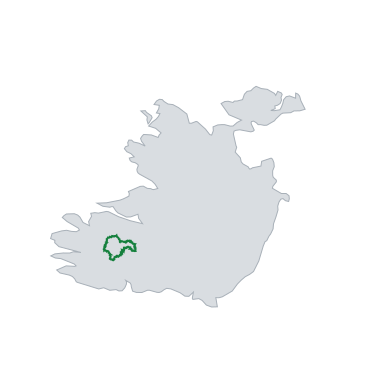 location of Kanturk Lea-4, Cork, Ireland, rotated 33°
{"feature_id": "5873133B26556088806881", "entity_name": "Kanturk Lea-4", "entity_type": "district", "adm_level": 2, "iso_a3": "IRL", "parent_name": "Ireland", "parent_adm1": "Cork", "projection": "orthographic", "projection_center": [-8.958, 52.204], "detail": "fine", "context": "in_parent", "style": "outline", "palette": "green", "viewbox_px": 384, "rotation_deg": 33, "n_neighbors": 0, "source": "geoboundaries", "source_scale": "gbopen_adm2", "svg_char_len": 8283}
<svg xmlns="http://www.w3.org/2000/svg" viewBox="0 0 384 384"><g transform="rotate(33 192 192)"><path d="M231.6,71.7L225.2,76.4L224.2,78.2L222.5,85.3L222.4,87.3L218.4,95.2L216.2,96.8L212.7,98.2L210.8,99.5L208.3,98.9L205.1,99.0L203.6,100.4L203.7,101.5L204.7,102.7L210.5,106.2L210.2,107.7L208.6,109.5L198.2,113.8L195.2,116.4L194.1,118.1L195.2,120.9L203.7,129.2L205.1,130.1L206.5,135.0L213.9,137.0L217.0,140.0L219.6,140.7L225.3,140.3L227.6,141.4L228.8,140.5L229.5,138.8L235.7,132.7L233.7,128.3L239.9,120.5L241.6,120.6L244.7,122.8L247.2,126.0L248.1,130.3L250.6,134.1L252.1,135.4L256.2,136.1L257.2,137.5L256.7,143.2L257.4,145.1L267.8,144.6L271.8,142.0L275.4,142.3L277.3,144.7L278.2,147.3L275.1,148.4L271.9,148.0L270.4,149.7L270.4,153.0L271.6,157.2L273.9,160.2L275.9,166.9L277.7,174.3L280.1,178.8L280.8,184.4L280.6,187.2L281.2,192.1L280.3,193.9L281.2,198.6L285.6,213.5L286.9,225.2L285.2,229.7L282.8,234.0L281.3,239.0L280.2,244.4L279.7,253.1L274.5,263.4L272.2,266.0L269.5,267.6L275.8,274.5L271.0,277.8L265.6,279.0L259.5,277.4L255.8,277.7L251.2,281.6L250.1,280.9L247.7,275.2L246.2,281.2L242.8,283.2L236.9,283.0L227.0,284.8L223.2,286.6L221.7,289.3L220.6,292.4L219.1,294.2L217.3,295.2L209.7,297.6L208.2,298.6L204.7,303.6L200.1,306.5L196.2,307.5L192.8,304.6L191.4,302.9L189.8,302.0L184.5,302.2L186.2,303.1L187.2,305.1L187.8,309.0L187.2,312.9L184.6,314.8L181.5,315.2L176.6,319.2L170.1,320.4L166.6,324.1L145.1,330.2L143.8,330.3L140.9,328.7L137.7,328.0L134.4,328.5L125.4,331.8L121.0,331.1L126.7,322.5L134.2,318.2L135.0,317.1L132.5,316.5L118.3,319.3L113.3,321.8L108.4,322.5L110.7,318.6L117.2,313.3L122.7,309.8L125.1,306.7L131.8,303.2L110.2,310.3L104.5,309.3L103.3,307.2L98.8,308.1L97.3,303.1L103.9,295.6L107.7,292.4L112.3,290.7L116.6,288.3L118.3,285.2L116.2,284.2L103.3,284.8L97.1,284.0L97.5,281.5L98.7,278.8L105.2,274.3L108.7,273.6L111.7,274.1L117.2,276.9L124.4,276.1L121.4,273.1L121.0,267.1L118.7,265.0L121.7,262.3L125.1,260.6L130.8,254.9L132.8,254.0L143.9,252.7L155.9,249.7L167.8,245.5L161.7,243.2L158.8,240.1L154.1,246.3L150.7,248.7L141.2,249.9L138.2,249.2L133.9,247.3L132.6,248.0L131.4,249.5L125.0,252.5L118.4,253.1L126.2,247.6L136.0,238.1L138.2,235.1L141.3,229.9L140.4,227.6L138.4,226.2L145.5,215.5L148.0,213.6L152.5,213.3L155.7,211.6L157.2,211.5L158.5,210.9L161.4,207.7L156.9,205.6L152.4,204.6L138.2,205.6L136.3,205.4L134.6,204.4L133.4,202.9L132.6,199.2L131.6,198.4L128.4,198.4L125.2,199.5L123.0,199.3L120.9,197.7L124.4,194.0L119.9,193.1L115.4,193.7L111.7,192.5L111.6,190.2L113.4,187.9L111.2,185.6L110.8,182.8L113.2,181.4L115.7,181.9L121.0,179.9L127.7,179.0L122.0,176.9L119.7,175.1L119.7,172.4L120.1,170.1L126.8,166.3L133.9,164.7L133.4,162.1L133.9,159.3L126.8,158.4L119.7,160.3L120.6,155.0L122.3,150.3L122.7,147.1L122.4,143.7L119.1,145.1L118.8,140.4L117.4,137.1L112.5,139.3L112.7,135.0L114.2,132.0L116.7,130.7L119.2,131.3L123.9,131.3L128.4,129.1L134.9,128.6L145.2,129.4L152.3,135.8L154.1,134.6L157.0,130.6L158.3,130.2L169.0,131.9L175.7,134.2L177.5,133.5L176.5,129.0L174.2,125.9L177.0,121.8L180.5,119.1L182.8,117.7L188.2,115.9L190.5,114.3L192.0,109.1L194.4,104.7L181.0,107.1L168.2,102.0L170.2,98.3L172.9,96.2L177.6,94.6L178.0,92.7L180.3,91.1L184.1,87.0L182.7,81.5L183.4,77.6L186.2,75.0L187.0,71.3L188.2,68.5L193.8,67.5L199.2,64.9L207.5,64.4L209.6,65.4L209.1,60.9L213.0,60.3L214.5,61.1L215.2,64.3L217.1,66.3L217.7,69.8L216.5,72.6L214.6,74.7L216.4,76.8L213.7,80.7L216.7,79.0L221.0,75.1L220.7,72.0L219.9,68.2L218.6,64.7L219.1,60.8L221.5,58.3L227.8,56.9L225.1,52.6L227.4,52.2L230.0,53.0L233.8,56.3L241.8,61.0L238.1,65.3L233.4,68.4L231.6,71.7ZM118.3,156.8L118.1,158.8L115.0,156.2L113.6,153.3L105.0,151.9L108.6,149.2L110.4,150.0L116.4,150.2L118.1,151.4L118.3,156.8Z" fill="#d9dde1" stroke="#a8b0b8" stroke-width="1"/><path d="M163.2,292.0L163.2,291.7L163.4,291.2L163.1,291.2L162.9,290.5L163.0,289.6L162.5,288.9L163.0,288.0L163.4,287.9L163.3,287.7L163.4,287.4L163.6,287.3L163.6,287.1L163.8,287.2L164.1,287.2L164.1,286.9L164.3,286.2L164.9,286.3L165.1,286.4L165.5,286.4L165.7,285.8L165.7,285.3L165.7,284.8L165.7,284.3L165.8,284.3L166.1,284.3L166.3,284.2L166.2,284.1L166.3,284.0L166.3,283.7L166.1,283.4L166.1,283.2L166.5,283.2L166.9,283.0L166.7,282.5L166.4,282.5L166.5,282.3L166.5,282.2L166.5,281.8L166.4,281.7L166.9,281.6L166.7,281.3L166.2,281.5L165.9,281.4L165.7,281.2L165.4,281.7L165.2,281.5L165.2,281.3L165.1,281.2L165.3,281.0L165.4,280.9L165.5,280.5L165.4,280.3L165.6,280.2L165.3,279.6L166.0,279.5L165.8,279.1L165.4,279.2L165.2,278.8L164.9,278.6L165.2,278.5L165.5,278.5L165.9,278.7L166.6,278.8L166.9,278.9L166.8,278.7L166.9,278.3L166.8,278.2L166.7,278.1L166.7,277.8L166.4,277.6L166.4,277.3L166.3,277.1L165.8,276.9L165.8,276.6L165.7,276.5L165.4,276.0L166.0,275.9L166.0,275.2L166.4,275.1L166.7,274.9L166.8,274.9L166.9,275.2L167.1,275.2L167.2,274.9L167.3,274.8L167.5,274.7L167.3,274.4L167.3,274.1L167.3,273.9L167.4,273.7L167.7,273.6L167.8,273.4L167.9,273.1L168.1,272.7L168.6,272.7L168.8,272.9L169.4,272.7L170.0,272.1L170.4,272.0L170.7,272.7L170.8,273.1L170.8,273.4L171.3,273.0L171.6,273.2L171.9,273.0L172.0,272.8L172.0,272.7L172.3,272.7L172.4,272.9L172.5,273.1L172.8,273.5L173.0,273.5L173.5,274.0L174.0,273.7L174.2,273.3L174.6,273.5L174.8,273.3L175.0,272.9L175.3,272.7L175.6,272.5L175.8,272.7L175.8,272.9L176.1,272.8L176.5,272.5L176.7,272.3L176.5,272.2L176.3,271.7L176.0,271.4L175.9,271.1L175.5,270.8L175.4,270.6L175.6,270.4L175.4,270.1L175.2,269.9L174.8,270.0L174.8,269.7L174.7,269.4L174.4,269.5L174.2,269.3L174.0,269.5L173.9,269.3L173.5,269.3L173.5,269.1L173.5,268.9L173.2,269.0L173.1,268.8L173.1,268.5L173.0,268.4L172.9,268.4L172.6,267.9L172.8,267.5L172.6,267.3L172.6,267.2L172.7,266.9L172.7,266.7L171.9,267.1L171.5,267.1L171.2,267.3L171.1,267.2L170.8,267.4L170.4,267.6L170.2,267.5L169.4,267.3L169.3,267.0L168.9,267.2L168.8,266.8L167.9,266.5L167.7,267.2L167.6,267.5L167.4,267.6L167.1,267.0L167.1,266.5L167.0,266.4L166.9,266.5L166.1,266.8L166.1,267.0L165.9,267.2L165.9,267.4L165.9,267.5L165.7,267.6L165.1,267.6L164.9,267.8L164.9,268.2L164.8,268.5L164.2,268.9L164.2,269.2L163.9,269.1L163.8,268.9L163.7,269.1L163.5,269.5L163.5,269.9L163.2,270.0L163.5,270.5L162.9,270.5L162.3,271.0L161.9,271.0L160.0,271.4L159.9,271.6L158.9,272.0L159.0,272.1L159.0,272.5L159.3,272.8L159.3,273.0L159.4,273.3L159.4,273.2L159.3,273.3L158.9,273.3L158.6,273.1L158.6,272.8L158.1,272.2L157.8,271.9L157.6,271.9L157.4,271.7L156.9,271.1L156.3,271.3L156.1,271.1L155.8,271.0L155.5,270.8L155.2,270.5L154.1,270.4L153.9,270.5L153.4,270.4L153.1,270.0L152.5,269.7L152.4,269.6L152.3,270.2L152.2,270.3L151.7,270.5L151.4,270.8L151.4,271.2L151.3,271.3L150.7,271.4L150.7,271.7L150.7,271.9L149.9,272.2L149.4,272.2L149.2,272.3L148.9,272.4L148.9,272.8L148.8,273.1L149.1,273.5L149.0,273.9L148.8,274.0L148.5,274.0L147.4,274.3L147.4,274.5L147.6,275.1L147.5,275.3L146.3,276.0L146.5,276.4L146.3,277.3L146.3,277.6L146.2,277.8L146.5,278.0L146.7,278.4L146.7,278.5L146.8,278.7L146.7,278.9L146.8,279.0L147.1,279.1L147.3,279.5L147.3,279.8L147.4,280.0L147.4,280.3L147.5,280.3L147.5,280.5L147.4,280.7L147.5,280.7L147.4,280.8L147.5,281.0L147.7,281.3L148.2,281.6L148.1,281.8L148.0,282.1L148.2,282.3L148.2,282.5L148.0,282.9L147.9,283.1L148.0,283.2L147.9,283.2L147.8,283.3L147.8,283.5L147.8,283.8L148.0,284.0L147.9,284.1L148.0,284.2L147.9,284.1L148.0,284.3L148.1,284.5L148.1,284.4L148.2,284.5L148.3,284.6L148.1,284.7L148.1,284.8L148.4,284.9L148.3,285.0L148.3,285.3L148.2,285.3L148.4,285.4L148.3,285.5L148.5,285.7L148.5,285.8L148.7,286.1L148.8,286.2L148.8,286.3L149.1,286.3L149.0,286.5L149.1,286.8L149.1,287.0L149.2,287.3L149.2,287.6L149.4,287.8L149.3,288.0L149.6,288.1L149.7,288.3L149.8,288.3L150.0,288.5L150.0,288.4L149.9,288.3L149.9,288.2L150.1,288.2L150.2,288.3L150.4,288.3L150.5,288.4L150.7,288.2L150.8,288.2L150.8,288.3L150.9,288.2L151.0,288.3L151.3,288.2L151.6,288.3L152.0,288.1L152.3,287.9L152.4,288.0L152.6,287.9L152.8,288.1L152.9,287.8L153.4,287.7L153.6,287.4L154.1,287.3L154.3,287.5L154.6,287.5L154.8,287.8L155.0,288.0L155.2,288.4L155.3,288.4L155.8,288.2L155.9,288.3L156.0,288.3L156.2,288.5L156.3,288.5L156.6,288.6L156.9,288.5L157.2,288.6L157.4,288.8L157.5,288.8L157.2,289.0L157.3,289.8L157.6,290.0L158.2,290.0L158.5,290.2L158.8,290.3L159.1,290.9L159.1,291.9L159.2,292.4L159.5,292.8L160.0,292.6L160.5,292.8L161.0,292.3L161.9,292.3L161.8,292.0L161.9,291.9L162.4,291.7L162.5,292.2L163.2,292.0Z" fill="none" stroke="#15803d" stroke-width="2"/></g></svg>